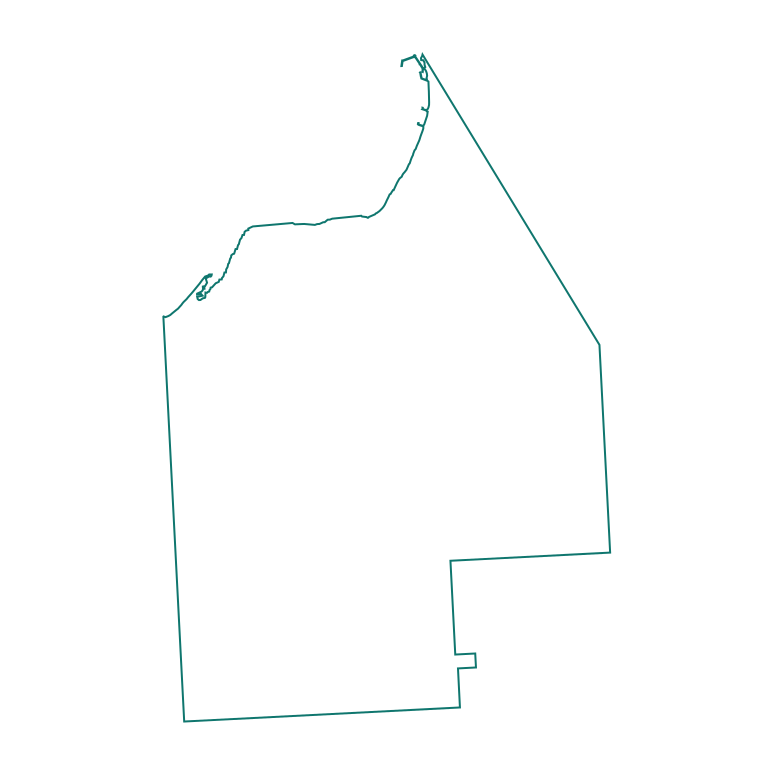 outline of 77, Madinat ach Shamal, Qatar, rotated 267°
{"feature_id": "91078587B75856753740390", "entity_name": "77", "entity_type": "district", "adm_level": 2, "iso_a3": "QAT", "parent_name": "Qatar", "parent_adm1": "Madinat ach Shamal", "projection": "albers", "projection_center": [51.407, 25.968], "detail": "fine", "context": "isolated", "style": "outline", "palette": "teal", "viewbox_px": 768, "rotation_deg": 267, "n_neighbors": 0, "source": "geoboundaries", "source_scale": "gbopen_adm2", "svg_char_len": 3042}
<svg xmlns="http://www.w3.org/2000/svg" viewBox="0 0 768 768"><g transform="rotate(267 384 384)"><path d="M409.2,601.2L411.8,601.2L663.6,465.3L711.0,439.7L709.4,439.2L707.5,438.0L705.5,438.1L705.2,440.2L703.7,440.9L702.7,441.3L700.6,441.2L698.3,441.8L697.5,440.7L697.1,439.7L709.3,432.4L710.2,432.6L710.6,432.3L710.8,431.5L710.4,431.0L709.6,431.1L706.2,420.0L706.2,419.1L700.6,418.0L700.6,418.5L705.5,419.5L708.8,430.4L709.1,431.8L707.4,433.1L702.0,436.3L701.3,436.3L701.1,436.8L696.4,439.3L695.8,438.9L693.7,438.8L693.6,439.0L694.1,439.1L695.8,439.2L696.9,440.7L695.9,441.5L694.2,442.4L692.0,443.0L689.6,443.2L687.2,442.5L686.2,442.8L685.6,442.8L685.4,442.4L686.3,439.8L686.6,439.1L687.2,437.8L687.4,437.6L692.8,436.8L693.3,436.9L693.4,436.5L693.2,436.2L692.7,436.5L691.5,436.6L689.1,436.9L687.9,437.2L687.1,437.3L684.4,443.4L683.7,444.2L673.4,444.1L663.0,443.8L660.3,443.6L657.9,442.9L656.5,442.2L655.2,440.7L656.5,437.2L657.8,437.2L657.9,436.9L656.7,436.9L656.4,436.6L654.9,440.5L654.0,441.0L653.7,441.9L649.6,441.1L641.2,437.8L639.7,436.7L640.8,433.5L641.5,432.1L641.9,432.0L642.2,432.2L642.8,432.2L642.8,431.7L641.7,431.4L641.2,431.8L640.7,432.8L639.2,436.8L637.0,436.6L634.4,435.6L631.2,434.2L629.3,433.4L626.0,432.2L625.1,431.8L620.0,429.2L617.1,428.0L615.7,426.7L612.3,425.2L611.3,425.0L608.6,423.5L606.8,422.7L602.9,421.2L602.2,420.4L598.8,418.7L596.8,417.7L594.6,415.8L593.1,414.3L592.0,413.5L590.0,412.5L588.9,410.9L587.9,409.9L584.3,407.6L580.9,405.8L577.1,403.8L577.2,403.2L574.8,401.4L573.5,400.6L573.1,399.6L570.2,398.1L567.2,396.4L565.2,395.4L562.4,393.8L560.7,392.5L559.5,391.4L556.9,388.5L555.1,385.7L554.7,384.6L553.9,383.9L551.6,377.7L550.9,377.0L550.9,376.2L551.6,375.4L552.4,370.8L553.2,370.1L551.8,340.9L551.0,338.6L551.0,336.3L548.7,333.3L548.7,331.7L547.2,327.9L547.2,325.6L546.5,323.3L548.0,312.6L548.1,303.4L549.6,301.1L548.9,281.2L548.2,261.2L546.3,256.6L544.8,256.6L544.4,254.3L543.3,252.8L540.2,252.0L540.2,250.5L537.2,249.3L535.7,247.8L531.1,246.3L530.3,245.5L526.5,244.3L526.5,242.8L522.0,241.2L521.6,239.7L520.4,238.2L518.2,237.8L517.4,237.0L512.8,235.5L512.1,234.7L509.0,233.9L506.7,232.4L503.7,232.0L503.7,230.5L499.9,229.3L498.4,227.8L496.9,227.4L496.9,225.1L494.6,224.3L493.4,221.2L489.6,217.4L489.3,215.9L487.7,215.5L487.0,214.7L485.5,214.3L485.1,212.8L484.3,212.0L484.7,210.5L480.1,210.1L479.4,209.7L479.0,207.4L477.5,205.1L477.5,203.6L478.6,202.4L480.9,202.0L481.7,207.4L483.6,205.9L483.2,202.0L484.0,202.1L485.9,206.7L487.0,207.8L488.5,208.2L488.5,209.7L490.1,209.7L490.1,208.2L490.8,208.2L491.2,210.5L494.4,212.6L498.7,211.5L500.5,214.9L500.3,216.5L501.2,217.4L502.4,217.7L502.5,215.1L501.5,213.9L500.7,211.0L497.1,207.7L493.9,205.1L488.2,199.9L486.3,198.2L483.9,195.9L481.0,193.0L479.1,191.3L476.4,188.2L475.0,186.9L473.7,185.9L469.9,182.1L468.9,180.6L465.6,176.1L464.1,174.2L463.1,172.1L462.2,169.3L463.0,167.4L462.8,167.2L57.4,166.8L57.0,442.9L96.1,443.0L96.1,461.0L110.1,461.0L110.1,441.0L204.0,441.1L203.8,601.0L315.8,601.1L409.2,601.2Z" fill="none" stroke="#0f766e" stroke-width="2"/></g></svg>